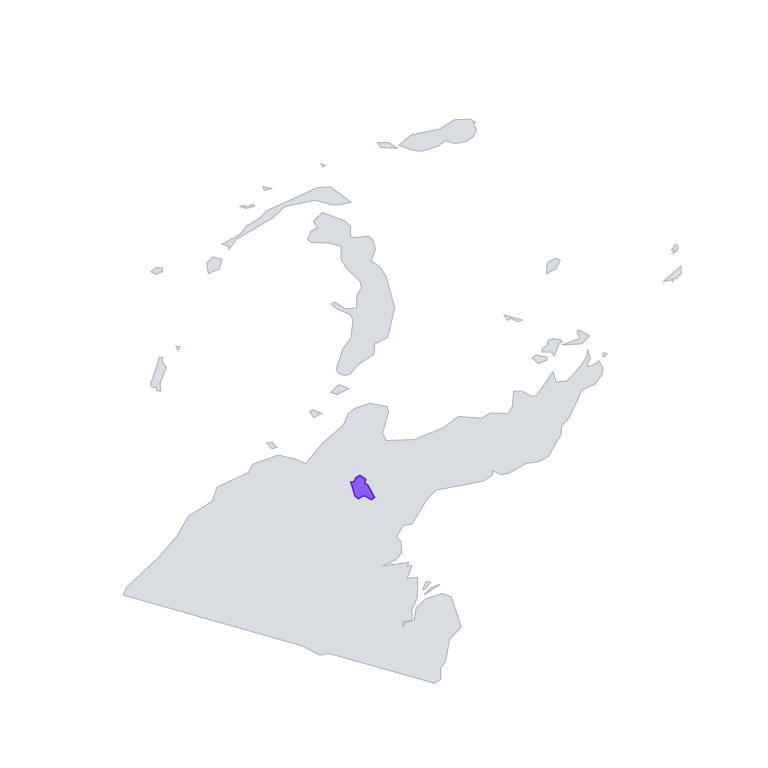 Okapa District, Eastern Highlands, Papua New Guinea (highlighted), rotated 286°
{"feature_id": "67681753B79464726769716", "entity_name": "Okapa District", "entity_type": "district", "adm_level": 2, "iso_a3": "PNG", "parent_name": "Papua New Guinea", "parent_adm1": "Eastern Highlands", "projection": "equal_earth", "projection_center": [145.505, -6.653], "detail": "fine", "context": "in_parent", "style": "filled", "palette": "violet", "viewbox_px": 768, "rotation_deg": 286, "n_neighbors": 0, "source": "geoboundaries", "source_scale": "gbopen_adm2", "svg_char_len": 4086}
<svg xmlns="http://www.w3.org/2000/svg" viewBox="0 0 768 768"><g transform="rotate(286 384 384)"><path d="M110.3,515.0L109.8,405.2L105.6,397.0L109.7,377.4L109.2,191.5L117.1,192.4L155.1,215.1L180.7,226.9L203.1,232.4L223.7,251.0L238.9,252.0L261.4,278.1L270.6,279.9L286.5,301.7L287.5,319.4L285.7,330.5L310.0,341.2L333.3,356.2L345.9,357.8L352.9,363.1L361.6,375.9L363.2,393.2L358.2,396.2L336.4,396.1L330.3,401.7L339.0,428.7L358.6,453.4L373.4,464.7L377.8,487.0L385.3,494.0L390.1,511.7L397.7,513.5L412.7,510.7L415.1,518.1L412.8,529.3L415.0,533.8L442.5,543.2L433.2,549.0L437.4,559.3L455.3,568.0L466.4,571.3L473.1,570.3L465.3,575.3L458.3,573.8L457.0,575.4L459.8,579.7L465.6,584.2L459.5,590.1L453.6,591.0L442.4,587.1L432.9,576.1L402.9,571.2L392.5,566.4L384.3,568.1L360.0,562.1L352.1,554.3L346.8,542.5L332.4,528.3L329.1,521.4L330.5,512.1L326.6,513.5L318.3,506.7L296.3,463.3L285.1,457.2L257.3,449.7L253.2,441.3L240.2,438.1L237.3,443.6L226.7,447.5L217.6,443.4L208.7,432.8L219.3,456.8L215.5,456.7L217.3,460.4L215.3,461.0L203.7,459.6L207.2,469.5L188.1,475.0L173.9,473.1L167.1,475.5L164.3,475.2L160.6,467.9L155.4,469.3L159.8,469.4L165.3,477.9L177.2,476.7L188.8,483.1L198.6,497.3L198.2,507.2L171.8,525.3L156.4,517.5L134.0,519.6L126.1,516.6L116.1,520.1L110.3,515.0ZM510.2,271.5L515.7,276.5L521.2,271.3L531.9,277.7L529.8,301.7L526.3,308.3L517.2,310.7L516.1,314.2L522.0,328.3L519.5,333.3L511.7,338.6L498.7,338.0L495.3,347.7L488.1,356.3L460.2,373.3L429.9,374.7L419.9,364.1L409.5,366.1L395.5,353.6L383.8,348.6L381.4,343.8L381.7,337.6L384.9,334.0L405.9,334.6L419.1,339.6L436.6,336.6L441.4,332.8L443.3,317.4L446.2,311.1L449.2,314.0L445.5,325.9L449.6,336.6L462.0,333.4L469.9,335.9L476.1,332.7L484.9,316.1L491.9,308.5L504.6,304.7L504.4,292.4L500.0,275.6L501.8,270.7L510.2,271.5ZM662.4,394.4L660.8,399.8L659.9,398.1L653.5,403.1L646.2,401.5L639.7,396.1L634.8,386.4L634.6,375.5L627.6,370.7L618.4,356.8L616.6,347.7L617.4,332.6L630.9,341.4L644.5,367.4L657.5,379.1L662.4,394.4ZM558.7,278.3L549.7,302.2L544.2,292.4L542.0,285.5L541.6,267.3L527.3,239.9L512.5,230.9L482.5,202.4L470.7,197.9L473.7,196.6L473.6,189.7L488.4,204.5L497.6,208.1L509.9,219.5L518.2,223.5L554.5,266.0L558.7,278.3ZM319.4,159.8L347.9,160.8L348.4,164.0L344.6,164.4L339.8,170.2L322.8,168.5L315.4,171.5L314.9,167.4L317.6,166.2L317.2,161.9L319.4,159.8ZM461.6,526.3L466.7,530.3L471.1,529.8L474.4,534.5L474.9,542.2L473.1,543.9L471.8,541.5L458.1,540.0L460.8,535.7L458.2,526.9L461.6,526.3ZM459.2,194.1L449.2,194.0L441.7,184.7L451.5,180.2L459.0,184.5L459.2,194.1ZM481.7,559.6L488.1,554.8L489.6,556.5L487.1,568.2L477.2,563.2L470.6,544.2L481.7,559.6ZM534.7,509.6L545.6,507.5L550.8,512.6L552.3,514.5L551.3,519.5L542.2,517.4L534.7,509.6ZM559.1,624.0L579.3,637.0L571.8,639.1L565.4,635.6L564.6,632.4L562.0,633.5L563.4,631.3L559.1,624.0ZM369.9,351.6L360.9,341.7L361.4,335.0L371.0,340.9L369.9,351.6ZM454.8,533.6L452.1,533.9L446.2,527.0L449.8,519.3L453.9,522.2L454.8,533.6ZM614.4,332.0L610.5,316.0L614.0,311.2L617.4,321.4L614.4,332.0ZM338.6,332.0L332.3,325.8L336.9,320.0L339.7,323.0L338.6,332.0ZM434.5,138.8L431.0,140.0L426.4,134.8L427.7,128.9L433.0,132.7L434.5,138.8ZM297.1,292.6L293.4,298.4L290.8,294.0L295.0,287.6L297.1,292.6ZM483.5,480.3L483.6,499.4L480.8,495.7L482.1,487.7L479.3,485.5L483.5,480.3ZM201.0,485.3L207.0,493.1L192.2,480.5L201.0,485.3ZM206.2,483.4L198.1,480.2L196.5,477.8L206.0,478.9L206.2,483.4ZM598.5,625.9L598.0,628.5L592.7,629.0L589.1,625.2L592.6,626.1L592.0,623.4L598.5,625.9ZM540.6,213.1L540.9,221.9L537.1,215.7L540.6,213.1ZM520.7,208.3L519.2,210.7L515.4,204.5L516.1,203.2L520.7,208.3ZM474.8,586.6L474.3,590.4L470.7,588.4L471.2,586.0L474.8,586.6ZM517.5,201.4L514.6,202.5L515.1,196.4L517.5,201.4ZM363.1,173.4L363.4,177.8L359.4,176.8L363.1,173.4ZM578.4,262.8L577.9,266.9L575.7,265.5L578.4,262.8Z" fill="#d9dde1" stroke="#a8b0b8" stroke-width="1"/><path d="M276.3,382.0L273.7,383.6L268.5,386.8L267.7,388.6L266.6,391.0L269.9,394.1L271.2,396.6L269.3,403.6L272.3,406.3L273.8,404.8L282.5,396.2L283.4,392.8L287.4,392.8L289.5,386.0L286.6,383.1L283.3,382.3L281.4,381.8L280.6,379.0L276.3,382.0Z" fill="#8b5cf6" stroke="#5b21b6" stroke-width="1.5"/></g></svg>